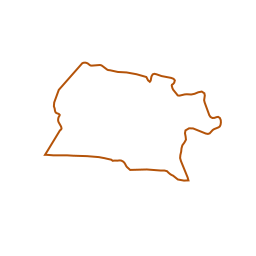 Nyanga, Natural Earth projection, rotated 320°
{"feature_id": "GAB-2623", "entity_name": "Nyanga", "entity_type": "Province", "adm_level": 1, "iso_a3": "GAB", "parent_name": "Gabon", "parent_adm1": "", "projection": "natural_earth1", "projection_center": [11.138, -3.095], "detail": "fine", "context": "isolated", "style": "outline", "palette": "amber", "viewbox_px": 256, "rotation_deg": 320, "n_neighbors": 0, "source": "natural_earth", "source_scale": "10m", "svg_char_len": 1832}
<svg xmlns="http://www.w3.org/2000/svg" viewBox="0 0 256 256"><g transform="rotate(320 128 128)"><path d="M174.8,100.8L174.0,104.4L174.4,106.6L175.8,106.3L179.1,103.6L181.4,102.8L183.0,103.4L184.3,105.1L187.1,109.8L193.3,117.4L194.5,119.6L194.5,121.6L192.5,123.0L190.6,123.3L189.5,123.1L188.7,123.7L187.6,126.1L187.2,127.7L187.1,134.2L187.0,134.7L187.1,135.1L187.8,135.9L188.4,136.4L193.0,138.7L194.7,139.9L198.0,143.0L201.0,144.6L204.8,145.8L207.9,147.5L208.8,150.5L207.7,152.5L204.2,155.6L203.1,157.8L198.5,170.5L198.3,172.6L199.1,174.6L200.7,175.8L202.6,176.5L204.2,177.4L204.8,179.4L204.1,181.6L202.7,183.5L201.0,185.0L199.5,185.7L199.3,185.8L197.8,185.7L193.2,184.2L191.5,184.0L187.1,184.6L185.4,183.9L184.0,182.2L177.6,170.2L174.6,167.5L170.5,166.8L168.3,168.6L166.7,171.5L164.9,174.2L161.8,175.4L158.5,176.2L155.9,178.0L153.5,180.3L150.7,182.4L148.6,184.5L147.3,187.4L141.9,204.2L140.6,207.0L139.1,205.8L137.1,204.3L133.1,199.5L131.9,193.5L131.1,191.8L130.6,190.1L130.3,188.3L130.1,186.1L128.5,183.9L125.7,181.6L115.8,171.9L102.7,161.5L102.1,157.2L102.2,155.8L102.6,154.2L102.9,152.1L102.6,150.2L101.8,148.5L100.7,147.4L98.9,146.2L96.5,144.1L95.2,143.3L94.8,141.5L91.8,137.6L90.7,136.1L89.2,134.3L87.0,131.6L78.5,123.2L68.1,113.9L64.0,110.0L53.5,101.2L48.6,96.4L47.2,95.2L50.2,94.2L50.3,94.2L74.3,86.1L75.9,86.1L76.7,85.7L77.5,84.3L77.8,83.2L78.5,79.3L78.8,78.3L79.4,77.2L80.2,76.3L81.6,75.2L82.7,74.8L83.5,74.5L84.1,74.1L84.1,73.4L84.0,72.7L82.8,70.6L82.6,69.7L82.8,68.7L83.3,67.6L84.3,66.0L85.2,63.7L87.9,61.0L99.5,54.3L134.6,49.0L135.8,49.4L136.7,50.0L137.5,50.7L138.1,51.6L138.6,52.5L138.8,53.4L139.0,54.4L139.2,55.3L139.6,56.2L140.3,56.9L147.0,61.7L147.7,62.6L148.1,63.5L149.6,70.0L150.0,70.8L151.5,72.4L156.2,78.5L162.6,84.5L169.1,92.3L174.8,100.7L174.8,100.8Z" fill="none" stroke="#b45309" stroke-width="2"/></g></svg>